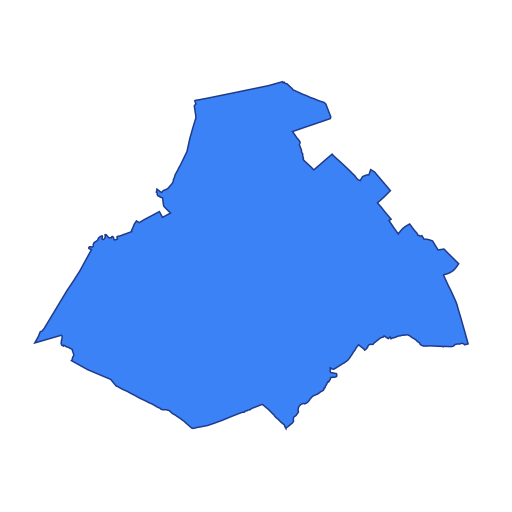 the district of Gropnita, Iasi, Romania, rotated 273°
{"feature_id": "2599482B43647802232250", "entity_name": "Gropnita", "entity_type": "district", "adm_level": 2, "iso_a3": "ROU", "parent_name": "Romania", "parent_adm1": "Iasi", "projection": "mercator", "projection_center": [27.271, 47.378], "detail": "fine", "context": "isolated", "style": "filled", "palette": "blue", "viewbox_px": 512, "rotation_deg": 273, "n_neighbors": 0, "source": "geoboundaries", "source_scale": "gbopen_adm2", "svg_char_len": 6015}
<svg xmlns="http://www.w3.org/2000/svg" viewBox="0 0 512 512"><g transform="rotate(273 256 256)"><path d="M423.9,284.3L425.1,283.3L426.5,281.6L429.6,278.0L429.8,276.3L431.0,275.1L430.4,274.1L431.5,273.5L426.7,259.3L411.3,200.2L409.3,192.1L408.3,187.5L407.8,186.7L404.8,188.0L402.7,186.5L392.1,188.7L390.6,188.7L380.6,186.2L370.1,183.8L356.7,181.6L342.7,175.7L340.0,174.3L336.3,172.7L333.1,171.1L330.2,170.4L327.8,169.5L326.2,169.5L323.6,168.2L318.8,164.4L317.9,163.1L316.7,160.4L316.5,160.1L315.7,159.3L314.5,158.5L315.0,157.4L316.2,155.6L317.6,153.6L314.6,153.2L314.6,153.4L313.9,153.9L313.4,154.0L312.7,154.0L311.3,154.6L310.9,155.0L310.4,156.8L309.7,157.2L309.2,159.6L308.5,159.8L301.7,161.0L301.1,161.3L300.4,161.8L298.7,163.6L294.4,168.4L289.7,160.6L295.3,157.2L286.5,142.5L283.2,137.6L284.8,134.8L281.5,132.8L280.4,132.4L279.6,132.2L274.7,130.3L273.9,130.7L270.8,123.5L270.4,122.2L270.1,121.8L269.0,119.4L268.7,118.4L268.6,117.5L268.2,116.5L268.0,116.2L267.7,116.1L265.9,116.7L265.6,116.7L265.4,116.4L264.6,114.0L264.7,113.6L265.3,113.3L266.3,113.0L267.0,112.7L267.6,112.3L267.9,112.0L268.0,111.7L268.0,111.4L267.8,111.0L266.7,110.7L266.7,109.7L266.5,108.4L266.6,108.0L266.9,107.6L269.3,105.4L269.5,104.6L269.5,104.3L269.3,104.1L268.9,104.1L267.9,104.4L267.0,104.5L264.9,103.3L264.5,102.9L264.5,102.2L264.8,101.4L265.5,101.3L267.5,101.7L268.0,101.5L268.0,100.8L266.7,98.7L265.5,97.7L263.4,96.9L262.7,96.2L261.7,94.6L260.3,93.2L258.8,92.9L257.4,93.0L256.7,92.6L256.4,91.6L256.6,90.4L256.5,89.4L256.3,89.0L255.7,88.6L255.2,88.5L254.6,88.9L254.3,89.5L254.1,90.8L253.7,91.4L249.7,89.4L232.2,81.0L222.6,75.6L211.5,69.0L172.5,48.2L169.7,46.1L169.4,45.2L169.1,44.6L168.6,44.3L164.3,42.9L157.6,39.6L166.7,65.8L165.8,66.5L164.3,66.7L161.1,66.1L158.2,66.0L156.6,66.9L156.0,68.5L156.8,68.8L155.3,71.7L155.0,73.5L153.9,75.3L153.4,76.9L153.0,77.5L152.1,77.5L148.8,78.9L147.3,79.2L146.7,79.0L145.1,78.1L143.4,78.0L142.5,77.6L141.9,77.1L133.7,93.8L125.2,117.3L118.8,123.2L118.5,124.4L116.0,129.4L114.0,134.7L112.1,138.4L110.2,142.8L108.8,145.5L107.4,148.6L105.6,153.1L103.9,156.8L102.8,159.9L99.8,165.7L99.3,167.0L99.2,167.7L97.9,169.4L97.7,170.2L97.6,171.7L97.6,172.3L97.8,173.2L97.7,174.7L97.0,177.6L94.9,180.0L93.9,181.6L93.4,182.7L92.8,183.9L92.0,185.1L89.7,189.0L87.9,191.6L87.3,192.7L85.9,194.3L80.8,200.8L80.6,201.2L80.5,201.7L80.8,203.3L81.8,206.6L82.4,209.3L84.2,216.5L87.0,223.5L89.1,228.4L89.9,230.4L94.1,239.1L98.6,249.0L99.1,250.3L99.3,251.2L99.3,252.3L100.5,253.4L100.9,254.4L100.9,255.0L101.5,255.8L101.8,256.3L102.1,258.0L102.4,258.4L103.2,259.2L103.9,260.4L106.5,266.4L107.7,268.8L108.0,270.1L107.4,271.2L105.9,273.1L103.3,276.6L99.3,280.9L98.3,282.3L97.1,283.0L96.1,284.0L94.9,285.5L94.6,286.1L91.1,289.9L88.8,293.2L87.4,293.6L85.2,295.0L85.8,295.1L86.3,295.6L88.0,297.7L89.7,299.4L90.8,300.8L92.6,302.0L93.1,302.1L95.4,301.8L97.1,302.2L97.4,302.3L98.5,304.0L99.2,304.6L102.3,306.5L102.6,306.6L103.6,306.1L105.9,306.2L107.1,306.4L108.5,307.2L109.8,308.3L110.6,309.3L110.8,310.1L111.1,310.9L111.3,311.7L110.9,312.2L110.9,312.5L112.1,314.6L114.3,316.6L115.8,317.4L118.6,319.6L119.6,321.0L121.2,324.4L122.0,325.7L122.7,326.3L122.9,326.8L123.5,327.2L123.7,327.6L124.0,327.9L124.1,328.3L124.8,329.3L125.3,330.2L125.9,330.6L126.7,330.8L127.0,330.8L127.3,330.7L127.3,331.1L128.3,331.9L130.1,332.3L130.8,332.9L131.4,333.2L133.2,333.8L134.4,334.7L134.1,335.2L136.5,336.5L136.7,336.4L137.9,337.0L138.7,337.2L139.1,341.0L139.5,342.2L140.1,342.9L141.4,342.9L142.7,342.6L142.8,342.3L143.0,340.8L143.2,339.8L143.5,336.7L144.7,336.0L145.6,336.1L146.3,336.4L146.7,336.3L147.4,335.9L148.2,335.9L146.9,339.1L147.0,339.6L148.1,341.3L153.3,348.6L153.9,349.7L156.6,353.0L159.6,355.2L161.1,356.0L163.5,357.5L165.1,358.3L167.9,360.2L169.0,360.5L172.7,363.0L170.0,366.9L168.0,369.5L167.8,369.5L168.2,370.2L169.2,371.2L170.0,371.7L170.9,372.3L172.1,372.6L172.7,373.0L173.4,373.8L173.8,374.9L173.8,377.2L174.0,377.6L174.5,377.8L175.5,378.7L180.7,384.6L181.3,385.9L181.6,387.1L182.0,387.6L182.9,388.1L180.4,392.4L182.2,394.1L180.4,395.1L180.6,395.6L181.2,396.1L181.4,397.0L181.4,397.8L181.7,398.1L182.3,399.9L182.4,400.1L182.9,401.0L183.6,402.5L183.6,403.1L183.8,403.9L183.9,404.5L184.5,405.9L184.6,406.5L184.7,408.7L185.1,410.2L185.3,411.2L184.3,413.8L182.8,415.9L182.4,416.9L180.6,420.1L179.1,421.6L178.7,422.4L177.6,424.0L176.5,424.5L176.1,424.8L174.8,427.8L174.9,428.5L175.0,431.7L175.4,434.5L175.4,443.6L175.5,446.7L175.1,447.8L175.3,448.1L175.5,448.1L175.6,448.9L175.7,455.8L176.1,457.3L176.6,458.1L177.1,458.7L177.7,459.0L177.9,459.2L178.4,460.7L178.7,461.7L178.7,463.4L178.8,464.1L179.3,465.1L179.6,466.8L179.1,468.0L178.3,468.9L178.2,469.2L178.7,470.0L178.8,470.5L178.8,471.3L179.3,472.1L179.4,472.4L187.3,469.8L204.6,463.9L214.4,460.4L217.6,459.4L221.5,457.7L231.3,452.6L236.0,449.9L244.5,445.4L246.7,444.3L247.0,444.3L247.2,444.6L247.8,446.8L248.5,448.5L249.7,450.9L251.9,453.9L252.8,454.7L255.3,456.6L258.9,458.8L269.3,447.1L272.8,443.4L271.6,437.5L280.3,431.5L281.2,428.4L281.5,426.9L281.7,425.4L281.6,422.9L285.0,420.6L284.7,420.0L284.5,419.5L284.5,419.0L284.7,418.6L284.6,418.4L284.6,418.2L285.1,417.7L285.2,416.7L287.1,415.6L290.6,412.2L296.0,407.8L295.1,406.3L293.2,403.4L291.7,401.8L291.1,401.0L286.9,397.8L286.5,397.3L285.5,396.9L290.6,392.8L298.4,386.9L299.8,389.0L306.9,382.3L311.1,378.7L315.4,374.5L321.7,380.9L328.3,386.8L346.1,370.0L348.3,366.0L342.9,364.5L342.9,363.4L342.8,362.6L342.5,361.7L341.0,358.5L340.3,357.9L336.7,356.1L337.1,355.4L337.2,354.5L338.5,352.7L341.5,350.3L343.7,347.7L346.3,344.9L353.9,335.9L357.1,331.9L360.4,327.9L361.7,326.7L357.3,322.0L345.0,309.2L347.3,306.8L354.1,298.7L355.4,297.9L355.9,298.3L358.0,297.6L359.3,297.3L360.4,297.3L362.1,296.1L363.8,295.9L364.6,295.7L369.2,293.5L369.6,293.5L371.0,294.0L372.2,294.0L374.5,292.3L375.9,290.8L382.2,286.0L386.2,295.8L397.1,323.0L398.9,323.4L410.9,318.0L411.7,317.5L412.7,316.2L413.0,315.8L413.7,312.9L414.9,308.9L416.0,306.1L417.1,302.2L418.7,298.2L420.1,293.8L423.9,284.3Z" fill="#3b82f6" stroke="#1e3a8a" stroke-width="1.5"/></g></svg>